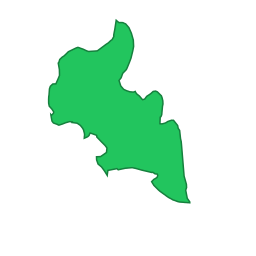 Mashtul Al-Suq, Ash Sharqiyah, Egypt (Mercator projection), rotated 325°
{"feature_id": "37247803B39026546430649", "entity_name": "Mashtul Al-Suq", "entity_type": "district", "adm_level": 2, "iso_a3": "EGY", "parent_name": "Egypt", "parent_adm1": "Ash Sharqiyah", "projection": "mercator", "projection_center": [31.372, 30.36], "detail": "fine", "context": "isolated", "style": "filled", "palette": "green", "viewbox_px": 256, "rotation_deg": 325, "n_neighbors": 0, "source": "geoboundaries", "source_scale": "gbopen_adm2", "svg_char_len": 2782}
<svg xmlns="http://www.w3.org/2000/svg" viewBox="0 0 256 256"><g transform="rotate(325 128 128)"><path d="M135.7,224.7L136.2,224.0L136.2,221.8L136.2,219.6L139.6,212.0L141.8,210.4L143.5,207.7L146.4,199.5L162.4,172.1L163.8,169.6L164.9,166.9L168.9,159.6L168.9,157.1L170.1,154.4L169.9,151.2L169.7,147.8L168.1,146.6L164.3,145.5L161.6,145.4L158.3,144.2L157.0,143.2L156.6,142.8L160.6,137.6L161.5,137.6L163.2,136.5L168.7,130.0L170.4,128.4L172.1,125.7L173.2,123.0L173.8,120.8L173.0,116.4L172.8,115.3L171.8,113.6L169.6,112.5L166.4,112.9L164.7,112.9L161.5,112.8L158.2,113.9L156.2,113.2L156.0,111.9L155.7,108.4L154.7,105.1L154.7,102.9L154.9,102.2L153.0,101.7L150.3,99.4L148.2,96.6L146.6,93.8L146.2,89.4L147.9,83.9L151.2,82.9L155.0,80.2L160.1,79.2L161.7,78.3L166.7,75.1L170.5,72.5L176.1,67.6L179.4,64.4L182.8,59.0L185.1,52.4L186.3,46.4L185.8,41.4L185.3,40.6L184.8,39.8L184.2,38.7L182.6,37.5L181.0,36.4L180.1,33.0L173.9,39.5L171.1,42.2L169.5,43.8L168.9,44.9L165.6,46.5L164.0,46.5L160.7,47.0L158.0,46.9L148.2,47.2L147.1,47.2L145.2,46.1L139.6,42.7L138.4,41.1L138.0,40.4L136.4,37.6L134.8,35.4L133.7,33.8L133.2,33.2L131.4,32.7L131.0,32.6L122.9,31.3L120.2,31.8L116.9,32.3L114.7,32.2L111.4,32.7L108.7,34.8L108.1,34.8L105.3,40.8L102.0,45.7L98.7,47.8L95.0,50.0L94.6,50.3L94.3,50.5L91.6,48.8L88.3,49.3L86.1,50.9L84.4,53.0L82.2,55.7L81.1,56.8L79.4,59.0L77.2,62.2L76.0,65.0L76.5,68.8L76.4,72.1L76.1,72.5L75.3,73.2L72.6,73.7L72.5,72.8L72.0,73.7L71.6,74.6L71.4,75.0L70.3,77.4L69.7,78.8L69.7,79.2L69.8,81.1L71.1,83.0L72.2,84.5L72.3,84.8L72.4,85.1L73.0,86.0L73.3,86.1L76.5,87.1L80.3,88.0L80.7,88.2L82.5,88.8L83.9,89.3L85.8,91.0L85.3,91.4L86.3,92.3L89.1,94.9L90.4,98.3L90.5,98.8L90.5,99.0L90.6,100.3L90.7,102.0L90.5,104.0L90.1,105.0L89.3,107.2L88.5,108.7L87.5,109.8L86.3,111.3L87.8,111.6L89.9,112.0L91.7,111.8L92.5,111.3L93.3,110.8L94.1,110.4L94.5,110.9L95.4,112.1L97.3,114.8L97.5,115.1L98.1,116.1L97.3,117.5L97.5,118.8L98.4,124.6L99.2,129.1L99.3,132.3L98.5,133.2L97.8,134.0L96.3,135.7L89.2,135.7L85.7,133.5L84.0,136.1L83.8,136.8L82.8,140.4L83.8,144.0L84.0,144.9L84.1,149.6L84.1,149.9L83.9,153.1L83.8,154.9L84.5,154.1L87.2,151.2L94.6,154.5L95.6,154.9L96.0,156.6L96.5,156.8L98.9,157.8L103.1,159.6L103.7,160.0L105.8,161.2L108.7,162.9L111.3,165.7L115.3,170.6L116.2,171.6L122.0,178.1L122.9,178.5L123.1,179.0L123.8,180.9L123.9,181.1L125.6,182.6L125.5,183.0L125.0,184.1L124.2,184.6L123.4,185.2L122.1,185.1L120.3,185.0L119.6,184.9L118.8,185.1L117.5,185.3L116.6,185.5L116.4,187.9L116.4,188.6L116.3,189.8L116.6,191.5L117.2,194.9L117.4,196.1L117.9,198.2L118.6,200.2L119.6,203.1L120.9,206.9L121.6,208.6L122.8,210.9L123.7,212.9L124.1,213.3L124.9,214.4L126.6,216.9L127.7,218.1L128.9,219.1L130.4,220.3L131.9,221.6L133.3,222.7L134.1,223.4L134.9,224.0L135.7,224.7Z" fill="#22c55e" stroke="#15803d" stroke-width="1.5"/></g></svg>